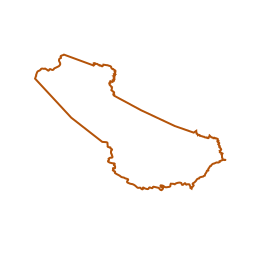 the district of Los Pozos, Herrera, Panama, rotated 104°
{"feature_id": "35544464B7631989916693", "entity_name": "Los Pozos", "entity_type": "district", "adm_level": 2, "iso_a3": "PAN", "parent_name": "Panama", "parent_adm1": "Herrera", "projection": "equal_earth", "projection_center": [-80.671, 7.692], "detail": "fine", "context": "isolated", "style": "outline", "palette": "amber", "viewbox_px": 256, "rotation_deg": 104, "n_neighbors": 0, "source": "geoboundaries", "source_scale": "gbopen_adm2", "svg_char_len": 5664}
<svg xmlns="http://www.w3.org/2000/svg" viewBox="0 0 256 256"><g transform="rotate(104 128 128)"><path d="M116.6,40.4L116.7,40.6L117.0,40.9L117.0,41.1L116.6,41.8L117.2,42.5L117.3,42.7L116.8,43.3L116.9,44.8L116.4,45.6L116.3,46.2L115.8,46.6L115.6,47.0L116.2,47.0L117.0,47.1L117.5,47.6L117.7,47.9L117.9,48.0L118.4,47.7L118.5,48.0L118.5,48.9L118.2,49.6L118.3,49.8L118.5,50.8L118.4,51.6L118.1,52.2L118.3,52.9L118.2,53.2L118.1,54.2L118.2,55.2L118.0,55.7L118.2,56.4L118.1,56.6L117.9,56.6L117.5,56.9L117.5,58.0L117.9,58.4L117.6,58.5L117.5,59.0L117.0,59.4L116.9,60.1L116.6,60.3L115.8,60.4L115.3,60.8L114.3,61.1L116.6,63.1L114.8,82.9L107.6,119.6L100.1,149.0L99.7,149.7L99.0,149.4L98.9,149.5L98.8,150.1L98.7,150.3L98.1,149.9L97.5,150.4L96.9,150.1L96.7,150.2L96.3,150.9L95.6,152.8L95.3,153.3L94.8,153.3L94.1,153.1L93.1,153.3L92.7,153.7L92.2,153.5L91.1,155.4L90.6,156.0L90.5,156.3L90.3,156.4L90.0,156.4L89.2,157.0L88.9,156.9L88.5,156.1L88.3,156.2L88.0,156.6L87.5,156.2L87.1,156.5L86.9,156.5L86.8,156.2L87.1,155.7L87.2,155.4L87.0,154.8L87.0,154.1L86.6,154.0L86.2,153.8L85.6,154.2L85.5,153.9L85.5,153.1L85.4,153.1L84.9,153.1L84.4,153.0L84.6,153.7L84.4,153.9L83.7,153.5L83.2,153.8L82.8,153.6L82.7,153.8L82.3,153.5L81.9,153.5L81.8,153.8L81.4,153.9L81.1,154.6L80.7,154.0L80.4,153.9L80.3,153.5L80.1,153.4L79.9,153.5L79.7,154.3L79.1,154.7L78.9,154.4L78.9,153.6L78.8,153.4L78.2,154.1L77.6,153.8L77.3,153.8L77.1,154.2L76.9,154.3L76.7,154.6L76.2,154.4L76.0,154.0L75.8,153.9L75.5,154.1L75.4,154.7L74.9,155.1L74.8,156.3L74.4,156.6L74.5,157.4L74.3,158.0L73.5,158.9L73.0,159.0L72.5,159.5L72.3,160.1L72.2,160.9L72.2,162.3L72.0,162.8L72.2,163.9L72.5,167.2L73.3,167.2L73.6,167.5L74.2,167.8L74.4,168.0L74.4,168.4L74.0,168.8L74.3,169.9L74.2,170.0L73.9,170.2L73.8,170.5L74.2,170.9L74.2,171.1L73.7,171.8L73.7,172.6L73.3,173.4L73.4,174.0L73.5,174.4L73.2,175.4L73.2,176.6L73.4,176.8L73.7,176.3L74.1,176.3L74.2,175.8L74.3,175.6L74.6,175.9L74.9,176.4L75.0,176.3L75.5,176.3L75.8,176.6L75.6,177.2L72.3,207.9L72.8,208.4L73.7,209.8L74.4,210.6L74.9,210.7L75.4,210.3L76.2,210.0L77.3,211.2L77.9,211.4L78.8,211.4L79.5,211.2L80.2,210.6L81.5,209.5L82.2,209.3L82.8,209.2L83.5,209.4L84.4,209.8L85.0,210.3L88.0,213.9L89.4,214.5L89.6,214.7L89.9,215.2L90.0,215.6L89.7,217.7L89.8,218.0L90.0,218.3L91.2,218.7L91.6,219.1L91.6,219.5L90.9,221.1L90.7,221.8L90.4,222.7L90.5,223.1L90.9,223.7L91.1,225.7L91.3,226.1L91.7,226.6L92.4,226.8L93.5,227.6L94.6,229.0L95.1,229.4L96.1,229.7L98.9,230.0L99.6,229.7L100.1,229.9L102.6,230.1L131.7,185.6L147.7,149.6L147.1,146.1L147.0,145.3L147.2,144.5L147.7,144.2L148.9,143.9L150.1,143.4L150.9,143.3L151.2,142.8L151.3,142.4L151.1,140.6L151.2,140.3L151.8,140.2L152.0,140.0L152.3,139.5L152.4,138.7L152.8,138.3L153.6,138.4L154.3,138.9L155.9,138.6L157.0,138.1L157.4,137.4L158.6,136.9L159.2,136.3L159.8,136.1L160.3,136.1L160.7,136.6L161.0,137.6L161.2,138.1L161.7,138.8L162.3,139.2L162.7,139.4L163.1,138.9L163.3,138.8L164.3,138.9L164.9,139.4L165.2,139.3L165.6,138.9L165.9,137.8L166.0,137.1L166.0,134.8L165.7,132.8L165.8,132.5L166.0,132.2L166.3,132.2L166.9,132.8L167.2,132.8L167.5,132.6L167.9,131.6L168.1,131.4L168.8,131.1L169.9,130.9L170.2,131.0L170.4,131.2L170.4,132.4L170.7,132.8L171.0,132.7L171.3,132.1L172.3,132.5L172.6,132.5L172.9,132.1L173.4,130.1L173.7,129.9L174.5,130.0L174.9,129.6L175.5,127.7L176.3,124.4L176.7,123.7L177.1,122.6L177.2,122.0L177.1,119.9L177.5,118.6L177.6,116.5L177.8,115.5L178.0,115.4L178.6,115.4L179.8,115.9L180.5,115.9L181.0,115.4L181.1,115.1L181.5,112.7L181.5,111.6L181.4,110.1L181.6,108.8L182.1,107.3L182.9,105.7L183.5,104.6L183.6,104.2L183.6,103.6L183.1,102.2L183.0,101.6L183.8,100.3L184.0,99.8L184.0,99.2L183.8,98.9L183.6,98.8L182.6,99.1L182.2,99.0L182.1,98.8L182.1,98.4L182.5,97.2L182.6,96.1L182.6,94.7L182.5,94.3L182.4,93.9L182.1,93.5L180.9,93.1L180.5,92.8L180.4,92.2L180.6,90.6L180.5,89.9L180.4,89.8L180.0,89.6L179.2,89.5L178.8,89.0L178.7,86.0L178.7,83.7L178.8,83.3L179.3,82.9L179.8,82.3L180.2,81.2L180.2,80.5L179.4,79.8L178.5,79.5L177.3,79.4L177.1,79.7L177.4,81.0L177.3,81.6L176.5,82.4L176.1,82.5L175.8,82.4L175.7,82.0L175.5,81.3L175.6,79.8L176.3,78.1L176.4,77.3L176.3,76.6L176.0,75.8L175.0,73.5L174.6,73.1L174.3,72.9L172.4,73.1L171.7,73.0L171.2,70.6L171.3,69.0L170.6,68.6L169.5,67.1L168.9,65.9L168.5,64.8L168.4,63.8L168.5,63.0L168.7,62.8L169.8,62.1L170.0,61.8L170.0,61.5L169.9,61.1L169.6,60.7L168.5,60.0L167.8,59.4L167.8,59.2L167.9,58.9L168.7,58.2L168.8,57.8L168.8,57.5L168.3,56.9L168.1,56.2L167.9,55.4L167.9,54.8L168.2,54.5L169.1,54.0L169.3,53.7L169.7,53.0L170.1,52.6L170.3,52.6L170.9,53.0L171.1,52.9L171.3,52.1L171.5,51.6L170.1,51.5L168.9,50.8L168.2,50.5L167.8,50.4L167.4,50.7L167.1,51.4L166.8,51.7L166.5,51.8L166.2,51.7L165.8,51.5L164.9,50.5L164.1,50.0L162.7,49.2L161.3,48.8L160.5,48.2L159.7,46.8L158.9,46.7L158.1,45.7L156.9,43.3L156.1,42.8L155.7,42.0L153.8,41.9L152.1,41.2L150.5,41.1L150.3,41.0L150.0,40.0L149.8,39.8L149.5,39.8L148.9,40.2L147.8,40.1L146.8,39.5L145.4,39.3L144.7,38.3L144.4,38.2L143.8,38.1L143.1,37.7L142.2,36.9L141.9,36.5L141.7,35.9L140.1,33.9L139.9,33.4L139.8,32.4L139.5,31.7L138.7,30.8L138.1,31.1L136.1,28.3L135.9,28.1L135.7,26.3L135.5,25.9L135.4,25.9L135.3,26.2L135.5,26.9L135.5,28.0L135.3,28.6L135.0,28.9L134.3,29.2L133.9,29.6L131.5,30.3L131.1,30.9L130.8,31.1L130.6,31.0L130.3,30.2L129.9,30.1L129.8,30.5L129.4,31.9L129.3,32.2L129.4,32.8L129.3,33.0L128.7,32.9L128.0,33.5L127.1,32.6L126.3,32.4L125.5,33.0L124.8,34.1L124.6,34.7L124.4,34.8L124.0,34.5L123.7,34.9L123.1,34.9L123.0,35.4L122.3,35.8L121.9,36.5L121.6,36.4L121.2,35.9L120.8,35.8L120.5,35.9L119.9,37.4L119.7,37.7L119.4,37.7L119.0,37.2L118.7,37.1L118.6,37.4L118.9,37.9L118.9,38.1L117.1,38.1L116.8,38.9L116.8,39.9L116.6,40.4Z" fill="none" stroke="#b45309" stroke-width="2"/></g></svg>